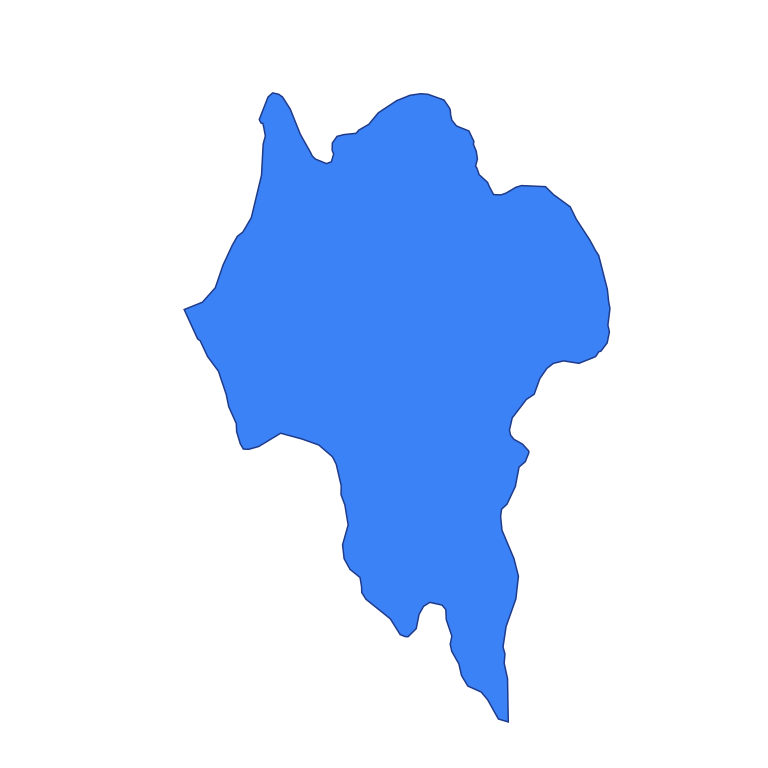 Olopa, Chiquimula, Guatemala, rotated 106°
{"feature_id": "79465075B46690826995670", "entity_name": "Olopa", "entity_type": "district", "adm_level": 2, "iso_a3": "GTM", "parent_name": "Guatemala", "parent_adm1": "Chiquimula", "projection": "albers", "projection_center": [-89.316, 14.697], "detail": "fine", "context": "isolated", "style": "filled", "palette": "blue", "viewbox_px": 768, "rotation_deg": 106, "n_neighbors": 0, "source": "geoboundaries", "source_scale": "gbopen_adm2", "svg_char_len": 2051}
<svg xmlns="http://www.w3.org/2000/svg" viewBox="0 0 768 768"><g transform="rotate(106 384 384)"><path d="M674.6,171.4L633.3,184.0L619.3,191.5L610.2,193.3L604.0,197.1L583.4,199.8L554.3,198.0L531.7,201.8L516.1,210.9L492.0,230.3L479.1,235.4L471.9,236.5L465.8,232.7L446.3,229.5L426.6,231.3L419.7,226.8L410.3,225.8L408.5,226.4L403.6,234.3L401.3,244.0L398.3,248.2L393.8,250.7L381.3,251.4L359.6,242.9L352.4,236.8L335.8,235.7L324.0,231.7L319.7,228.5L317.5,226.9L312.3,217.8L310.4,202.3L299.4,188.2L293.8,186.4L292.7,184.6L283.0,180.8L271.7,181.7L265.7,185.0L249.2,187.6L242.8,190.8L231.4,195.4L201.2,213.1L197.4,217.5L188.8,225.9L172.6,244.6L162.4,253.8L155.2,273.3L149.8,283.2L155.4,306.6L158.6,311.5L167.0,319.5L170.0,323.7L171.7,330.9L165.2,337.2L161.6,340.1L156.6,350.2L150.6,354.4L149.4,356.0L142.0,356.2L134.8,359.5L129.0,364.1L126.0,364.5L117.4,372.1L116.0,385.4L111.8,391.4L106.8,394.2L104.4,395.0L101.9,396.1L100.1,397.8L94.5,404.6L93.4,421.5L94.8,428.6L99.3,438.6L108.1,449.9L124.8,464.2L138.6,470.2L146.9,478.2L150.7,479.9L155.4,491.5L158.9,497.4L166.6,500.1L173.6,498.3L176.8,495.8L185.0,495.9L188.0,500.1L186.7,512.0L184.5,515.9L181.5,518.6L167.1,533.2L145.6,549.9L136.1,560.6L134.5,565.1L134.9,571.3L140.2,574.6L164.2,576.8L167.0,574.2L167.0,572.2L170.3,570.4L178.3,566.4L186.6,566.3L217.0,559.3L260.6,557.4L276.7,561.5L282.5,565.7L292.5,568.1L314.1,571.5L338.0,572.7L355.4,581.1L367.5,596.6L392.0,575.6L393.1,572.6L406.2,561.2L417.3,546.7L437.5,532.8L448.6,527.0L462.7,515.1L470.5,512.5L481.0,505.7L485.3,501.3L484.1,496.1L478.6,487.2L459.8,469.8L459.5,447.8L460.6,429.9L468.2,413.4L474.3,407.8L493.6,397.1L502.2,394.8L511.0,388.3L529.4,379.6L550.0,379.5L562.9,374.2L571.6,365.5L576.6,353.7L585.0,349.7L590.6,347.9L595.9,342.0L608.0,313.2L620.4,299.4L621.0,294.1L620.3,291.2L610.3,285.6L595.8,286.8L586.8,284.7L581.3,279.8L580.5,267.3L583.8,262.4L593.3,259.2L607.6,249.3L615.9,248.6L622.3,245.2L632.5,234.8L642.8,229.2L651.3,220.1L653.3,205.7L659.0,197.3L674.5,181.7L674.6,171.4Z" fill="#3b82f6" stroke="#1e3a8a" stroke-width="1.5"/></g></svg>